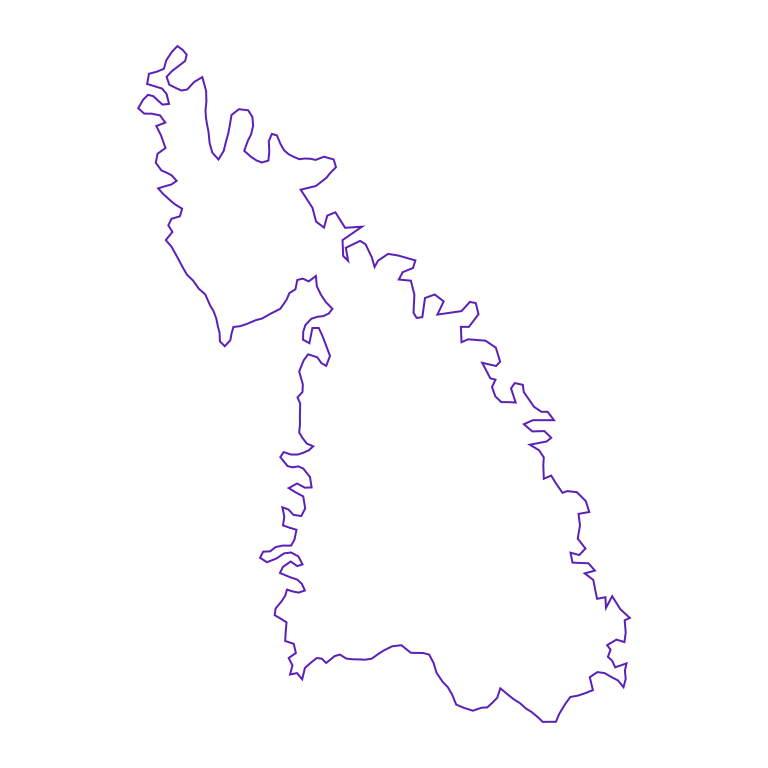 the district of Erval Seco, Rio Grande do Sul, Brazil
{"feature_id": "56859067B78452754947925", "entity_name": "Erval Seco", "entity_type": "district", "adm_level": 2, "iso_a3": "BRA", "parent_name": "Brazil", "parent_adm1": "Rio Grande do Sul", "projection": "equal_earth", "projection_center": [-53.542, -27.488], "detail": "fine", "context": "isolated", "style": "outline", "palette": "violet", "viewbox_px": 768, "rotation_deg": 0, "n_neighbors": 0, "source": "geoboundaries", "source_scale": "gbopen_adm2", "svg_char_len": 4757}
<svg xmlns="http://www.w3.org/2000/svg" viewBox="0 0 768 768"><path d="M626.5,663.4L615.2,667.3L612.2,660.8L607.9,656.8L610.6,649.7L607.1,645.2L616.5,639.6L624.4,642.1L625.7,632.7L624.7,620.3L629.8,617.9L620.3,609.2L612.2,596.2L606.0,607.8L605.4,597.2L597.1,598.8L595.2,589.8L593.3,579.9L584.7,573.4L594.9,570.6L588.5,563.3L572.5,562.6L570.5,552.7L579.3,555.0L585.5,548.5L577.7,538.7L580.0,525.3L578.5,513.9L589.3,512.0L585.8,501.1L576.9,492.2L567.4,491.1L562.5,492.8L556.0,483.5L551.2,475.6L543.8,478.7L543.3,465.0L543.8,457.4L539.0,450.2L529.8,444.7L546.6,441.5L551.2,437.8L544.4,431.1L532.2,431.4L523.9,424.2L532.8,420.2L554.0,420.2L547.6,411.8L541.4,411.8L534.1,406.9L523.8,392.1L522.8,384.8L514.7,383.1L511.0,388.4L515.7,402.5L507.9,402.1L501.2,402.1L495.3,396.3L492.0,387.0L495.5,379.7L490.3,378.3L482.2,362.8L496.0,366.0L500.1,361.7L495.8,347.6L485.5,340.7L468.2,339.3L461.5,342.2L460.9,326.9L468.9,326.9L478.5,314.3L475.8,303.1L469.9,301.9L461.5,311.1L437.4,314.6L443.7,301.4L434.7,294.5L425.0,298.0L422.3,317.2L416.6,317.9L413.5,312.8L414.4,294.8L410.9,280.7L398.8,279.5L402.8,272.1L413.0,268.0L415.4,260.4L398.1,255.5L388.1,253.9L378.2,260.5L374.6,266.9L371.7,257.1L365.5,244.2L360.1,240.9L345.8,247.8L348.1,260.8L343.2,256.0L342.5,240.1L362.0,226.7L345.1,227.8L335.4,212.3L327.3,215.6L324.0,227.6L316.1,221.6L312.4,207.7L300.7,189.7L315.9,186.0L326.5,177.7L330.0,173.3L336.0,167.1L333.7,159.5L324.0,156.7L315.6,159.9L310.5,158.8L304.9,158.5L299.4,159.2L294.0,157.0L288.6,154.2L284.0,150.2L280.5,144.0L276.9,135.4L271.9,133.9L268.8,141.1L269.3,151.6L268.4,160.6L261.8,162.5L256.4,160.4L251.2,157.0L244.2,150.8L248.0,140.4L251.0,134.6L253.1,126.0L252.4,117.0L248.2,110.3L238.9,109.2L231.5,115.0L229.7,126.0L228.2,133.6L226.1,141.1L223.7,150.9L218.5,159.5L212.3,152.6L209.6,142.9L208.5,131.8L206.9,123.7L205.9,117.2L205.5,110.1L206.4,101.6L206.1,90.9L202.3,77.1L194.2,81.9L187.2,89.5L181.5,90.5L176.3,88.2L169.3,84.7L166.6,76.8L172.0,71.0L178.4,66.2L185.2,60.9L186.7,54.7L182.8,50.0L177.4,46.1L172.0,51.7L166.3,60.2L163.9,68.8L156.8,71.7L149.0,73.8L147.1,84.0L154.1,86.1L162.2,88.6L166.6,94.1L169.1,103.9L162.5,104.6L158.4,100.9L153.4,96.2L148.0,94.8L143.0,99.9L138.2,108.2L144.2,113.6L151.7,113.7L160.1,115.4L165.3,122.6L156.3,126.0L161.0,135.4L165.5,148.0L157.6,153.7L155.8,162.8L161.4,170.4L167.1,172.9L171.7,175.4L176.6,180.9L171.4,184.5L164.7,186.3L158.2,188.4L163.1,193.9L170.2,200.4L175.0,204.3L182.1,208.7L179.9,216.3L171.5,218.8L168.3,225.3L172.4,231.9L165.8,240.1L171.5,246.7L174.5,252.1L178.5,259.3L182.1,266.2L186.9,274.6L193.2,280.7L198.8,288.7L205.3,294.5L210.2,305.6L213.5,311.0L216.3,318.6L217.7,325.5L219.6,333.1L219.9,341.4L224.8,346.2L230.3,340.3L231.5,333.8L233.4,327.0L240.0,326.2L245.9,324.3L255.9,320.1L261.9,318.6L270.8,313.6L280.3,308.8L286.5,299.8L289.4,293.1L295.4,289.3L297.3,280.0L302.7,278.6L308.7,281.4L315.9,276.0L316.8,286.2L320.8,294.5L325.7,301.9L332.4,308.8L328.7,313.6L323.0,316.2L317.8,316.7L311.4,318.7L305.4,325.0L303.2,331.9L303.0,339.7L309.4,343.2L312.4,328.0L318.7,328.0L322.2,335.3L325.9,345.0L330.0,355.9L326.2,365.9L321.4,363.1L317.3,357.3L308.1,354.3L303.7,360.3L299.2,371.4L302.8,384.3L302.5,391.9L297.5,397.4L300.2,403.6L299.9,416.3L300.0,424.2L299.2,432.5L302.5,438.0L306.8,443.6L313.2,446.3L308.9,450.2L303.2,452.8L297.8,454.5L290.8,454.5L283.7,452.1L280.3,457.1L287.6,466.1L292.4,467.3L298.3,466.4L303.2,468.5L310.0,477.0L311.6,487.4L304.9,487.7L297.1,483.5L288.7,488.1L295.9,492.5L303.2,496.4L305.2,508.4L301.3,516.0L293.5,514.9L288.3,509.4L282.4,507.3L284.3,516.7L283.0,525.4L289.9,527.8L296.5,529.8L294.4,539.8L291.1,545.6L282.5,545.6L275.6,547.1L270.2,551.3L263.2,551.7L260.0,557.8L267.0,562.2L276.4,558.5L284.0,553.4L291.1,552.5L298.4,556.4L302.5,564.4L297.3,566.1L290.6,561.5L282.8,567.0L280.0,573.0L290.6,577.4L297.1,579.5L301.8,583.8L304.9,590.5L298.7,592.6L292.5,591.4L287.0,589.6L285.2,595.8L281.3,601.6L275.6,608.5L274.7,615.2L280.6,618.6L286.5,622.3L285.7,632.0L285.2,641.0L293.7,643.8L295.9,653.0L288.7,658.0L292.5,665.5L290.0,674.5L297.0,673.1L302.2,679.3L304.9,668.0L311.4,662.2L316.8,658.0L321.9,658.7L326.2,663.0L334.6,656.1L340.0,654.6L346.3,658.6L352.9,659.3L358.9,659.4L364.8,659.7L371.7,658.7L378.7,653.7L384.1,650.3L392.2,646.3L401.4,645.2L410.8,652.8L423.0,653.0L429.2,654.6L433.6,663.1L436.5,672.7L442.6,681.8L447.8,687.2L452.1,694.5L456.2,704.6L463.8,707.8L472.8,710.7L481.6,707.7L487.3,707.4L492.5,702.6L497.3,697.7L500.3,688.3L507.5,694.3L513.5,699.1L519.9,703.1L526.3,708.8L531.3,711.8L537.8,717.1L542.7,721.9L549.2,721.8L555.9,721.8L559.4,713.6L564.9,704.5L570.3,697.0L578.4,695.5L585.4,693.1L592.9,690.1L589.8,677.2L597.4,672.1L604.6,673.1L611.7,677.2L617.9,680.4L623.5,687.2L625.7,678.9L624.9,670.6L626.5,663.4Z" fill="none" stroke="#5b21b6" stroke-width="2"/></svg>